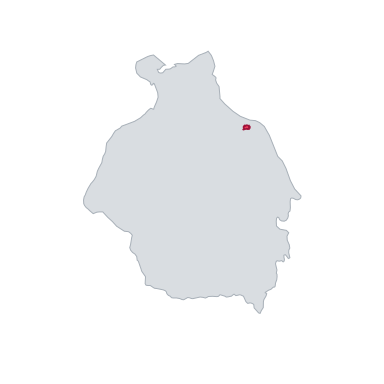 location of Izvoarele, Giurgiu, Romania, rotated 236°
{"feature_id": "2599482B10041458655839", "entity_name": "Izvoarele", "entity_type": "district", "adm_level": 2, "iso_a3": "ROU", "parent_name": "Romania", "parent_adm1": "Giurgiu", "projection": "orthographic", "projection_center": [25.808, 44.04], "detail": "fine", "context": "in_parent", "style": "filled", "palette": "rose", "viewbox_px": 384, "rotation_deg": 236, "n_neighbors": 0, "source": "geoboundaries", "source_scale": "gbopen_adm2", "svg_char_len": 4835}
<svg xmlns="http://www.w3.org/2000/svg" viewBox="0 0 384 384"><g transform="rotate(236 192 192)"><path d="M286.3,212.7L289.5,216.9L293.5,219.1L302.8,221.3L303.6,220.9L303.7,220.5L303.0,219.9L302.9,219.1L303.3,218.1L304.5,218.0L306.6,218.8L310.5,217.3L316.2,213.6L321.4,212.7L326.4,214.6L329.0,216.8L330.7,219.0L330.3,221.8L330.1,223.6L329.1,230.9L328.4,233.6L327.1,236.7L312.1,241.0L313.0,239.2L312.5,236.2L311.8,233.9L313.1,231.8L309.7,231.2L308.2,232.4L307.2,234.4L308.4,238.9L306.8,241.5L306.2,242.9L306.3,246.3L305.3,247.8L305.2,249.3L307.6,248.8L306.6,251.8L302.3,257.5L300.7,260.8L301.6,273.9L299.8,281.8L299.7,284.1L294.8,284.4L293.3,284.2L288.7,283.2L283.4,281.3L280.2,277.3L278.2,274.5L273.8,275.9L273.0,275.6L271.7,274.2L268.4,273.3L264.3,273.4L255.0,268.3L254.0,267.4L246.7,268.4L236.0,271.1L227.7,274.4L219.2,280.2L215.7,284.5L211.7,286.9L205.9,288.6L195.7,287.8L185.0,285.5L173.6,283.0L167.3,284.2L159.0,283.1L146.4,279.9L137.1,278.8L127.8,280.2L126.3,278.8L126.0,277.4L126.4,275.3L127.8,273.7L130.0,272.6L131.3,271.3L131.4,270.0L129.0,267.9L124.0,264.8L121.9,263.0L121.4,262.5L121.3,260.9L120.3,259.6L118.4,258.6L116.9,256.9L115.9,254.4L116.2,252.2L117.9,250.1L119.9,249.2L122.3,249.6L123.3,249.0L123.0,247.5L120.7,245.5L116.5,243.0L112.0,244.1L107.4,248.8L104.1,249.4L102.3,246.1L98.8,244.0L93.8,243.1L90.8,241.7L89.7,239.8L87.6,238.2L82.8,236.4L82.8,234.9L83.7,234.6L85.4,234.6L87.7,234.4L88.1,233.6L88.2,232.8L86.4,231.7L84.6,231.0L83.7,230.3L83.1,229.5L83.0,228.7L83.6,228.2L84.3,228.2L85.1,227.8L85.6,226.1L86.7,224.7L87.4,224.2L87.4,223.1L86.7,222.1L85.8,221.1L84.3,220.5L79.8,218.8L77.6,216.5L76.2,216.4L74.1,215.1L71.8,213.1L69.8,210.3L67.7,208.5L67.1,207.8L67.1,207.1L67.6,206.4L67.6,205.6L67.2,203.0L67.8,200.3L67.8,197.8L67.9,196.6L67.4,196.3L67.0,196.6L66.4,197.1L65.9,197.1L64.4,195.2L62.5,191.3L61.2,189.9L58.5,188.0L56.3,186.4L54.9,183.1L53.3,180.6L54.5,179.6L61.2,178.7L64.2,180.3L65.6,179.8L67.0,178.8L67.8,177.9L68.0,177.0L68.7,175.8L71.0,175.4L76.8,176.4L79.3,174.9L80.2,174.0L80.9,172.0L81.6,170.4L83.8,169.7L83.8,168.2L83.6,166.5L85.0,163.0L85.8,161.6L87.1,161.1L88.5,160.0L91.2,157.8L90.7,155.7L91.3,154.2L94.1,150.6L96.2,147.1L96.3,145.3L96.6,143.8L98.5,142.2L100.4,140.0L103.1,133.1L104.0,132.0L105.7,130.8L106.9,129.5L107.3,124.9L108.4,123.6L110.6,122.2L112.8,119.9L114.6,117.2L115.9,115.9L117.7,115.7L119.6,114.6L121.7,114.3L123.7,114.9L125.0,114.7L127.0,113.4L132.1,108.4L132.8,107.4L133.9,106.7L137.9,105.1L139.0,103.3L140.4,101.8L142.2,101.9L147.8,106.1L154.1,106.0L155.2,106.2L155.5,106.3L156.3,106.6L164.5,108.8L165.8,108.6L166.1,108.4L169.4,110.1L172.4,110.0L175.2,108.9L178.1,108.6L180.7,109.3L182.7,111.6L187.9,116.5L189.5,118.3L191.9,118.1L194.6,117.2L197.3,114.0L205.7,110.4L212.0,109.5L218.2,108.0L225.4,106.9L227.4,103.9L228.5,101.8L229.3,98.0L233.1,96.9L236.8,96.1L238.1,95.6L240.7,95.4L242.8,95.7L246.0,97.6L248.3,99.9L249.2,101.8L251.1,104.4L253.2,108.0L255.5,112.9L256.1,115.4L257.0,118.1L258.7,121.4L261.9,124.9L262.4,125.6L263.9,128.1L266.8,133.7L269.2,136.0L271.3,138.4L272.4,140.9L273.9,143.1L277.4,146.0L280.3,148.6L282.8,156.4L284.5,159.9L285.6,162.7L285.2,168.3L285.9,170.6L284.8,175.0L282.7,183.9L282.3,190.9L282.9,194.6L283.0,197.0L283.6,198.5L284.3,201.7L284.5,204.5L283.7,205.3L282.5,206.0L282.1,206.6L283.2,207.8L284.7,210.1L286.3,212.7Z" fill="#d9dde1" stroke="#a8b0b8" stroke-width="1"/><path d="M214.0,276.7L213.9,276.6L214.4,276.5L214.4,276.4L214.4,275.8L214.4,275.7L215.0,276.1L215.0,275.9L215.1,275.7L215.7,275.8L215.8,275.7L215.9,275.4L216.0,275.4L216.3,275.3L216.3,275.2L216.2,275.1L216.3,275.0L216.6,274.8L216.8,274.7L216.7,274.4L216.7,274.2L216.8,274.1L217.0,274.0L217.0,273.9L216.9,273.8L216.8,273.6L217.0,273.6L217.1,273.4L217.1,273.5L217.1,273.4L217.3,273.3L217.6,273.2L217.8,273.0L217.8,272.9L217.8,272.7L217.8,272.4L217.7,272.2L217.4,272.3L217.2,272.4L217.0,272.2L217.0,271.9L217.3,271.7L217.4,271.4L217.3,271.2L217.2,271.1L217.0,270.9L216.9,270.9L216.7,270.9L216.4,270.8L216.2,270.8L215.6,270.8L215.4,270.9L215.5,270.7L215.4,270.5L215.2,270.5L215.2,270.4L215.3,270.3L215.3,270.2L215.2,270.0L215.3,270.0L215.3,269.9L215.4,269.7L215.3,269.4L215.2,269.4L215.2,269.5L215.1,269.8L214.9,269.9L214.9,270.0L215.0,270.0L215.0,270.3L214.9,270.3L214.9,270.2L214.7,270.2L214.7,270.3L214.8,270.5L214.7,270.6L214.6,270.8L214.6,271.0L214.4,271.3L214.3,271.5L214.2,271.5L214.0,271.8L214.0,272.0L214.0,272.3L214.0,272.5L213.9,272.5L213.7,272.8L213.4,272.8L213.2,272.9L213.1,273.0L213.2,273.3L213.3,273.3L213.2,273.4L213.2,273.5L213.3,273.6L213.2,273.7L212.9,273.5L212.6,273.8L212.5,274.0L212.4,274.2L212.2,274.5L212.3,274.6L212.6,274.7L212.8,274.8L213.0,274.9L213.0,275.0L213.0,275.3L212.9,275.4L212.8,275.5L212.7,275.7L212.7,275.8L212.9,275.9L213.0,276.0L213.3,276.1L213.5,276.2L213.6,276.5L214.0,276.7Z" fill="#f43f5e" stroke="#9f1239" stroke-width="1.5"/></g></svg>